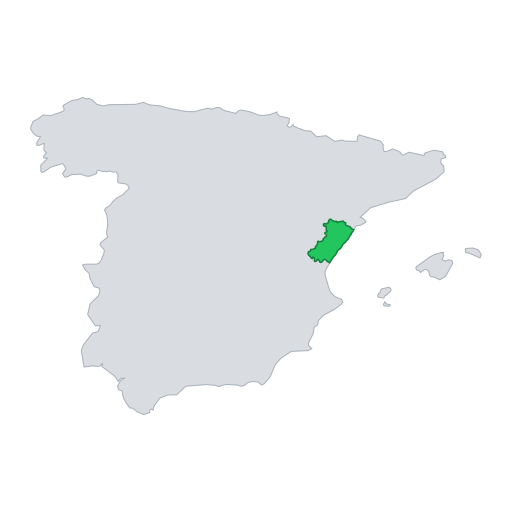 Castellón on a map of Spain (Robinson projection)
{"feature_id": "ESP-5814", "entity_name": "Castellón", "entity_type": "Autonomous Community", "adm_level": 1, "iso_a3": "ESP", "parent_name": "Spain", "parent_adm1": "", "projection": "robinson", "projection_center": [-0.258, 40.248], "detail": "fine", "context": "in_parent", "style": "filled", "palette": "green", "viewbox_px": 512, "rotation_deg": 0, "n_neighbors": 0, "source": "natural_earth", "source_scale": "10m", "svg_char_len": 6352}
<svg xmlns="http://www.w3.org/2000/svg" viewBox="0 0 512 512"><path d="M276.9,112.0L276.9,113.4L279.5,116.1L287.4,117.7L289.5,118.8L289.0,122.5L287.1,125.7L288.8,127.1L290.7,127.1L293.1,124.5L293.6,126.2L297.2,127.7L305.2,130.7L310.8,131.1L316.6,136.8L326.1,135.7L334.7,141.3L342.7,140.1L344.5,141.1L357.0,141.3L357.6,136.7L359.1,134.9L380.7,141.2L383.4,145.1L382.9,147.0L384.1,151.6L386.9,151.4L392.6,148.9L400.0,152.0L402.0,154.8L403.5,155.0L409.0,152.2L424.0,155.5L424.6,153.4L425.7,152.7L431.9,150.8L434.5,150.3L442.6,151.8L443.5,154.4L445.2,155.4L445.8,157.6L441.2,158.9L440.7,162.8L443.7,166.1L444.1,171.7L436.1,178.9L413.2,191.2L405.6,198.5L388.4,202.3L370.6,207.7L360.1,217.5L362.8,218.2L366.0,221.6L364.9,223.0L360.3,225.3L356.1,226.0L348.4,238.0L337.6,250.5L333.7,256.2L325.2,270.8L325.1,275.1L329.3,289.6L331.7,293.5L335.1,296.7L341.5,299.4L343.0,302.1L340.8,304.7L334.5,309.3L323.3,315.4L318.6,320.3L317.6,325.0L314.3,327.1L313.1,333.7L308.6,342.8L308.3,345.2L311.8,348.6L308.3,350.6L291.2,351.4L280.5,358.6L275.1,364.9L270.2,376.8L264.3,383.7L261.7,385.0L257.7,381.9L252.7,381.5L247.8,382.5L245.2,384.9L241.2,386.3L237.3,385.1L228.9,384.5L225.1,384.6L219.2,386.5L214.2,385.2L205.7,384.6L187.3,386.1L185.0,386.9L176.7,394.8L167.8,395.0L159.7,398.2L154.1,406.0L153.0,410.1L151.4,409.1L150.1,409.5L149.4,412.6L143.8,414.6L137.6,412.0L132.5,408.2L129.8,407.9L125.4,401.9L123.6,398.1L122.4,394.0L122.3,391.1L118.4,389.5L117.6,385.7L120.5,380.8L124.4,378.1L120.8,378.3L118.2,381.5L115.0,376.4L101.9,366.5L102.7,363.0L100.4,365.7L98.9,366.4L92.0,365.9L84.1,367.1L81.3,350.4L83.5,344.6L92.5,333.1L98.1,331.5L100.5,325.6L95.4,325.9L87.7,314.5L90.0,304.0L98.2,296.0L99.6,292.8L100.0,289.9L98.5,287.8L94.2,286.7L89.9,278.3L89.0,273.1L85.4,270.1L82.5,265.0L85.3,264.2L96.6,264.2L99.4,262.8L101.5,259.4L103.8,253.7L104.4,250.2L100.1,245.2L100.0,244.2L100.7,242.6L107.7,237.1L106.4,233.0L107.8,224.4L107.4,219.3L106.8,215.2L104.5,209.9L106.1,207.7L109.8,205.8L112.8,201.5L117.0,197.8L122.5,194.9L129.1,188.5L128.1,185.7L126.0,184.0L118.2,182.8L117.7,181.5L118.0,174.6L116.0,171.8L113.2,172.1L108.9,170.9L107.8,171.7L102.3,171.4L98.5,170.2L96.8,171.2L96.3,173.7L89.8,176.2L86.1,176.1L80.2,174.0L73.4,174.7L72.6,174.2L66.7,177.0L64.8,177.1L62.5,173.7L65.9,168.7L63.3,164.0L61.5,163.8L50.6,167.3L44.2,171.8L41.7,172.4L40.9,171.6L40.8,165.1L47.6,158.2L43.5,157.8L43.8,155.8L46.5,152.6L43.9,150.2L44.2,143.3L38.3,145.5L36.8,145.2L36.8,142.4L40.6,136.8L36.9,136.2L34.1,134.1L30.7,129.5L30.8,127.1L32.9,121.5L38.1,118.8L43.2,114.9L50.1,115.7L60.4,112.4L64.0,110.7L64.0,108.3L62.8,106.6L64.0,104.9L72.4,100.3L77.5,99.7L82.6,97.4L86.0,98.9L89.0,98.4L92.4,100.2L96.8,104.3L103.3,106.0L108.6,104.7L135.7,104.3L143.4,102.3L149.3,104.8L160.8,106.0L167.7,108.1L186.9,111.6L193.8,111.7L207.8,108.2L211.6,109.1L217.2,107.4L219.9,107.7L223.3,110.2L235.6,113.4L238.8,110.7L241.2,110.0L250.0,111.8L258.9,115.2L263.5,115.5L270.3,114.5L276.9,112.0ZM442.0,259.7L445.3,261.1L448.6,259.8L450.4,260.2L452.2,260.9L452.7,263.5L445.6,276.3L439.8,279.8L434.0,277.1L430.6,276.4L429.6,275.3L428.7,271.2L427.2,269.9L424.9,269.3L420.4,272.5L419.0,270.4L416.8,270.0L416.0,268.7L416.0,267.0L429.9,257.0L433.9,254.8L442.4,252.3L443.7,252.7L442.6,254.2L443.8,255.6L442.0,259.7ZM481.3,254.5L480.0,258.0L469.6,253.3L466.2,252.8L465.4,252.0L465.7,248.5L472.6,248.0L478.2,249.7L481.3,254.5ZM385.0,295.6L383.8,298.1L378.7,297.2L377.6,296.2L378.6,293.3L380.1,293.0L380.2,290.9L381.7,288.9L389.0,287.2L390.7,288.6L391.0,290.6L386.7,295.0L385.0,295.6ZM390.1,305.7L389.4,306.3L383.8,305.8L383.6,304.1L384.8,301.8L386.8,304.1L390.1,304.5L390.1,305.7Z" fill="#d9dde1" stroke="#a8b0b8" stroke-width="1"/><path d="M353.7,229.6L353.5,230.1L353.0,231.3L352.4,232.1L351.8,232.7L351.3,233.3L351.1,234.4L350.3,235.2L347.9,239.4L347.5,239.9L346.6,240.6L346.2,241.0L345.1,242.5L343.1,244.1L341.0,247.8L340.1,248.8L338.4,249.8L337.5,250.9L336.1,253.9L335.2,255.1L333.1,257.3L329.6,262.8L327.0,261.3L325.8,259.8L324.6,259.4L323.4,260.0L322.4,261.5L321.6,262.2L320.8,262.5L320.1,262.3L318.3,259.4L317.0,260.1L316.5,260.9L316.0,261.3L315.4,261.5L314.8,261.4L314.4,261.0L314.4,260.7L314.5,260.3L314.5,259.6L314.1,257.8L312.9,257.1L312.2,258.6L311.4,258.4L310.2,256.4L309.6,256.1L309.4,255.7L309.0,255.3L308.7,255.1L308.5,254.9L308.2,254.4L308.1,253.8L308.1,253.5L308.0,253.3L308.0,253.0L308.1,252.4L308.2,252.1L308.5,251.8L309.2,251.4L309.6,251.4L310.0,251.1L310.4,250.7L310.6,250.3L310.7,249.6L310.8,249.4L311.1,249.4L311.4,249.4L311.9,249.4L313.2,249.2L315.5,248.1L315.6,247.9L315.4,247.3L315.4,247.0L315.4,246.7L315.6,246.4L316.1,245.9L316.6,245.6L316.9,245.1L317.0,244.8L317.1,244.2L317.3,243.9L317.5,243.5L317.6,242.9L317.6,242.6L317.7,242.3L317.6,241.7L317.9,241.3L318.2,241.2L318.5,241.4L318.8,241.5L319.3,241.7L319.5,241.7L319.8,241.6L320.1,241.5L320.4,241.5L321.0,241.4L321.3,241.4L322.5,240.8L322.8,240.6L323.0,240.3L323.1,239.9L323.1,239.5L323.0,239.3L323.0,239.0L323.8,238.5L324.2,238.1L324.7,237.3L325.0,237.0L326.4,236.1L326.6,235.9L326.6,235.5L326.5,235.2L326.3,234.9L325.9,234.4L325.6,234.2L325.1,233.8L324.9,233.6L324.8,233.3L324.8,233.0L325.0,232.7L325.3,232.4L326.9,231.8L327.0,231.6L327.0,231.4L326.9,231.2L326.8,230.7L326.7,230.6L326.2,230.3L326.2,230.1L326.2,229.8L326.3,229.5L326.3,229.3L326.3,228.7L326.3,228.4L326.2,228.1L326.2,227.5L326.2,227.2L326.3,226.9L326.3,226.3L326.1,226.2L325.8,226.2L325.3,226.4L325.0,226.4L324.7,226.3L324.4,226.1L324.1,226.1L323.9,226.0L323.6,225.8L323.5,225.6L323.5,225.0L323.5,224.7L323.5,224.4L323.5,224.1L323.8,223.8L324.2,223.6L324.6,223.6L325.1,223.6L325.7,224.0L326.0,224.0L326.3,223.8L326.6,223.6L328.3,222.7L328.5,222.4L328.5,222.2L328.5,221.9L328.5,221.2L328.7,220.6L328.8,220.4L329.0,220.1L329.6,219.4L330.0,219.2L330.6,219.2L331.1,219.4L331.4,219.7L331.6,219.9L332.1,220.3L333.7,221.2L334.5,221.4L336.2,221.3L336.8,221.4L337.0,221.7L337.1,222.0L337.1,222.5L337.4,222.6L337.7,222.6L338.0,222.4L338.3,222.2L338.6,222.0L338.9,221.8L339.3,221.7L339.7,221.6L341.0,221.6L341.9,221.2L342.8,221.4L343.5,221.2L343.6,221.4L343.7,221.7L343.9,222.0L344.3,222.4L345.0,222.6L345.5,222.8L345.8,223.1L345.7,223.4L345.6,223.7L345.4,224.0L345.4,224.4L345.7,224.9L346.0,225.3L346.8,225.6L349.1,226.4L350.2,226.9L350.6,227.2L350.8,227.5L350.8,227.8L350.9,228.1L351.1,228.4L351.4,228.6L353.5,229.5L353.7,229.6Z" fill="#22c55e" stroke="#15803d" stroke-width="1.5"/></svg>